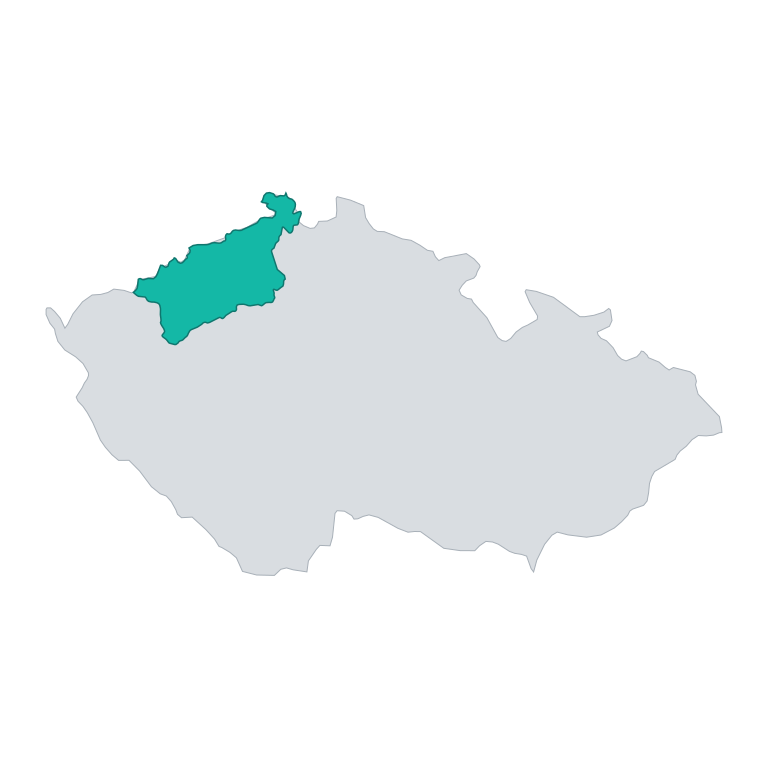 where Ústecký sits in Czechia
{"feature_id": "CZE-10368", "entity_name": "Ústecký", "entity_type": "Region", "adm_level": 1, "iso_a3": "CZE", "parent_name": "Czechia", "parent_adm1": "", "projection": "mercator", "projection_center": [13.915, 50.559], "detail": "fine", "context": "in_parent", "style": "filled", "palette": "teal", "viewbox_px": 768, "rotation_deg": 0, "n_neighbors": 0, "source": "natural_earth", "source_scale": "10m", "svg_char_len": 6742}
<svg xmlns="http://www.w3.org/2000/svg" viewBox="0 0 768 768"><path d="M721.9,432.5L719.4,432.7L713.6,435.1L706.3,435.9L698.3,435.5L692.1,439.6L686.2,446.3L680.2,451.0L676.9,455.1L675.1,459.4L654.6,471.5L651.8,476.5L649.5,483.4L648.6,492.7L647.1,501.0L643.6,505.3L632.6,509.1L629.8,511.1L627.7,515.3L621.5,521.8L614.3,528.0L601.0,535.0L586.6,537.2L568.0,534.9L557.2,532.1L551.9,535.2L544.6,544.3L536.8,560.1L533.6,572.0L531.1,568.6L526.6,556.1L521.5,554.4L514.7,553.3L509.5,551.4L498.3,544.2L492.5,542.0L485.9,541.4L479.6,545.7L474.8,550.7L460.0,550.6L443.8,548.3L420.5,531.6L414.5,531.5L408.0,532.2L397.9,528.3L378.2,517.4L369.0,514.9L363.1,516.4L357.8,518.8L354.0,519.1L351.8,515.6L344.5,511.2L337.1,510.7L335.0,513.4L332.5,537.2L330.0,545.8L319.9,545.4L316.3,549.4L308.4,560.9L306.9,571.9L293.1,569.8L286.5,567.9L280.8,569.3L274.4,575.4L256.6,575.0L242.5,571.4L236.4,557.8L230.0,552.4L221.8,547.5L219.0,546.4L214.5,539.0L206.0,529.7L192.2,517.1L181.5,517.7L177.5,514.3L175.8,509.7L171.3,501.6L166.3,496.0L160.2,493.8L151.4,486.7L139.7,471.1L129.0,460.3L118.6,460.4L112.0,454.8L105.4,447.3L100.4,440.1L92.8,422.6L87.2,412.5L82.9,406.3L78.0,401.2L76.2,397.1L82.2,387.7L84.4,383.0L87.0,379.4L88.5,375.7L88.4,372.8L83.0,363.5L75.6,356.8L64.8,350.0L57.9,341.4L55.4,333.5L54.6,329.1L49.9,323.2L46.1,314.6L46.1,309.4L47.0,307.9L50.6,307.9L54.6,311.5L60.3,318.3L64.9,328.2L67.7,324.4L73.0,313.8L82.5,301.8L92.1,295.0L100.8,294.4L107.9,292.5L113.8,289.1L124.1,290.4L131.6,292.9L134.0,291.4L137.0,285.1L139.0,279.7L155.5,276.5L161.1,266.1L164.3,266.1L168.0,264.6L171.5,260.6L174.9,259.0L177.5,260.9L181.0,262.2L184.7,259.7L190.1,247.7L193.1,245.9L207.6,244.0L227.4,236.9L237.4,230.6L247.2,227.2L257.8,221.1L274.5,215.1L275.4,212.7L267.6,206.5L265.0,202.7L263.2,198.7L265.9,194.3L269.6,193.0L274.4,194.8L288.4,197.4L292.3,199.9L293.7,206.2L297.2,211.9L300.1,212.5L299.1,222.0L303.5,225.6L310.1,228.4L314.4,227.9L317.5,224.1L318.7,221.4L327.3,221.0L336.1,217.0L336.8,210.6L336.2,198.4L337.2,196.7L350.4,200.1L363.7,205.6L365.6,217.6L369.1,223.5L373.3,228.9L377.3,231.4L384.3,231.7L402.3,238.9L411.0,240.3L419.9,245.2L427.4,250.3L432.9,251.3L435.4,256.8L438.8,260.6L444.7,257.7L466.3,253.6L474.1,259.0L479.4,264.8L480.1,266.6L477.3,271.6L476.0,275.5L473.8,278.1L466.3,280.9L462.2,285.3L459.1,290.2L461.2,294.9L467.2,298.4L471.5,299.1L473.2,302.5L486.9,317.7L497.8,337.5L502.1,340.6L506.1,341.4L510.7,338.5L516.1,332.0L522.4,327.4L527.8,325.0L537.2,319.5L537.6,316.0L529.7,302.5L525.1,291.7L526.2,289.7L536.3,291.4L553.5,297.3L579.9,316.7L584.6,316.7L593.9,315.3L603.9,312.1L608.7,308.5L610.4,309.9L612.0,320.5L609.4,326.3L597.3,332.0L598.0,334.8L601.1,338.4L606.5,340.8L613.1,347.7L617.6,355.5L621.6,359.2L626.0,360.9L636.9,356.7L640.0,353.4L641.3,351.1L643.5,351.6L647.3,355.4L648.4,357.7L659.1,362.1L665.2,367.4L669.1,370.0L673.4,367.5L690.2,371.8L694.9,375.4L696.4,381.3L695.5,384.9L698.1,394.2L719.4,416.6L721.6,427.9L721.9,432.5Z" fill="#d9dde1" stroke="#a8b0b8" stroke-width="1"/><path d="M269.6,192.6L273.3,193.8L274.1,194.5L274.6,195.4L275.2,196.3L276.3,196.9L277.4,196.9L280.2,195.6L283.9,195.9L285.0,195.3L285.9,193.1L286.5,194.4L286.7,195.4L287.0,196.3L288.0,197.6L289.2,198.5L291.9,199.2L293.1,200.2L294.4,201.6L295.1,202.9L295.4,204.4L295.2,206.8L294.5,208.7L293.3,211.0L292.7,213.0L293.9,213.9L299.4,211.6L300.6,211.6L301.2,213.4L300.6,215.5L298.9,219.5L298.5,222.3L298.5,222.8L298.2,223.7L297.9,224.2L297.6,224.6L297.1,224.9L294.1,225.2L293.6,225.5L293.3,226.0L293.1,226.9L292.9,229.3L292.6,230.5L292.1,231.5L291.5,232.3L290.7,232.9L289.9,233.0L289.0,232.8L283.8,227.4L283.1,227.1L282.5,227.2L282.2,228.0L281.0,234.6L279.8,235.7L279.3,236.4L279.0,237.1L278.8,237.9L278.8,239.5L278.7,240.2L278.4,240.8L276.2,242.9L275.7,243.4L273.9,248.2L272.5,249.1L272.0,249.6L271.7,250.2L271.5,250.9L271.6,251.8L277.3,269.5L284.4,275.5L285.2,279.1L284.5,279.6L284.1,280.1L283.8,280.7L283.7,281.3L283.6,282.0L283.6,283.0L283.5,284.2L283.1,285.5L283.0,285.9L282.8,286.2L282.2,286.6L281.4,287.1L278.4,289.5L277.6,290.0L277.0,290.3L276.5,290.2L275.9,290.1L274.6,289.5L273.8,289.3L273.4,289.6L273.3,290.3L273.5,290.9L273.9,292.3L274.1,292.9L274.1,293.5L274.0,294.5L274.0,295.1L274.1,295.6L274.5,296.7L274.7,297.2L274.7,297.8L274.6,298.2L274.1,298.9L273.9,299.3L273.7,299.9L273.3,300.7L272.6,301.9L271.8,302.3L271.0,302.5L269.2,302.4L266.4,302.6L265.6,302.8L264.8,303.4L262.6,305.2L261.9,305.6L261.4,305.7L258.1,304.5L250.2,305.8L248.2,305.6L245.8,304.7L243.4,304.2L239.2,304.4L238.0,304.7L237.2,305.0L236.8,305.7L236.5,306.4L236.4,307.2L236.4,307.9L236.5,308.9L236.5,309.4L236.3,310.0L235.7,310.9L234.9,311.3L234.1,311.3L232.8,311.2L231.8,311.6L225.9,315.4L225.3,316.1L224.6,316.9L224.1,317.5L222.9,318.4L222.2,318.5L221.5,318.2L220.8,317.7L220.0,317.4L219.2,317.5L209.6,322.4L207.8,322.9L207.3,322.9L206.9,322.8L206.3,322.5L205.7,322.3L204.6,322.3L203.7,322.6L203.0,323.0L202.7,323.3L201.7,324.3L197.4,327.1L191.6,329.5L190.4,330.2L189.8,330.8L188.5,333.0L187.5,335.3L186.6,336.5L185.4,337.3L182.8,339.9L181.8,340.4L180.3,340.8L179.0,341.5L178.0,343.0L175.9,344.5L174.5,344.5L170.0,343.3L169.0,342.9L168.4,342.2L167.3,340.7L166.4,339.6L165.2,338.6L163.1,337.1L162.4,336.3L162.1,335.8L162.2,335.2L162.4,334.8L163.9,332.9L164.3,332.3L164.6,331.6L164.4,330.3L163.7,328.6L161.6,325.3L160.8,323.7L160.5,322.5L160.8,321.7L161.0,321.0L161.0,320.1L160.9,318.5L160.6,316.5L160.4,314.7L160.4,313.6L160.5,310.2L160.5,308.9L160.3,307.5L159.8,305.4L159.3,304.4L158.7,303.7L157.2,302.8L154.3,302.1L151.3,302.0L148.8,301.4L147.5,300.5L146.8,299.5L146.1,298.2L145.6,297.5L145.0,297.0L138.4,296.3L136.7,295.3L133.4,292.5L135.6,290.3L137.0,288.6L137.6,285.8L138.3,279.3L139.1,278.8L140.0,278.6L140.8,278.7L141.6,279.3L142.4,279.6L143.4,279.7L144.3,279.6L145.2,279.3L145.3,279.3L148.1,278.4L153.4,278.7L155.8,276.8L157.3,274.2L160.6,265.3L162.6,265.4L164.2,266.6L165.9,267.3L168.0,266.2L169.0,263.0L169.6,262.0L173.3,259.4L173.9,258.7L174.0,258.1L174.3,257.9L175.5,258.4L176.0,259.0L177.5,261.4L178.1,262.2L180.4,263.3L182.2,262.8L183.9,261.3L185.7,259.1L186.7,258.6L187.3,257.8L187.3,256.9L186.8,255.6L188.4,254.3L189.8,252.6L190.2,250.5L189.0,248.0L193.1,245.5L197.7,244.7L206.7,244.7L208.6,244.4L212.4,242.9L214.6,242.7L219.2,243.2L221.0,242.9L223.9,241.0L224.5,241.0L225.1,240.8L225.7,239.8L225.8,239.0L225.6,237.9L225.4,236.6L225.9,235.0L226.8,233.9L227.6,233.8L228.6,234.1L229.9,233.9L230.9,233.2L232.4,231.2L233.5,230.4L235.5,230.0L239.1,230.5L241.1,230.4L256.7,223.2L257.9,222.0L259.7,219.2L260.8,218.2L264.4,217.4L272.3,218.0L275.2,215.5L275.8,211.6L273.2,210.0L269.5,208.9L266.9,206.4L267.0,204.7L267.8,204.1L268.0,203.8L266.0,203.0L262.6,202.5L261.4,201.8L262.6,200.2L264.0,195.6L266.4,193.1L269.6,192.6Z" fill="#14b8a6" stroke="#0f766e" stroke-width="1.5"/></svg>